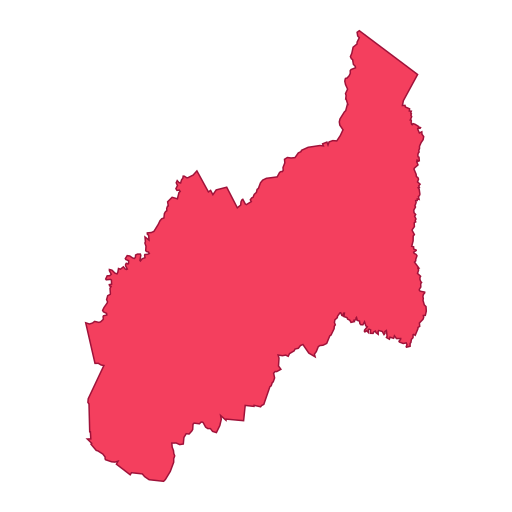 Mount Barker, South Australia, Australia (Equal Earth projection)
{"feature_id": "25037944B83528217861906", "entity_name": "Mount Barker", "entity_type": "district", "adm_level": 2, "iso_a3": "AUS", "parent_name": "Australia", "parent_adm1": "South Australia", "projection": "equal_earth", "projection_center": [138.877, -35.069], "detail": "fine", "context": "isolated", "style": "filled", "palette": "rose", "viewbox_px": 512, "rotation_deg": 0, "n_neighbors": 0, "source": "geoboundaries", "source_scale": "gbopen_adm2", "svg_char_len": 6084}
<svg xmlns="http://www.w3.org/2000/svg" viewBox="0 0 512 512"><path d="M85.7,322.8L95.0,363.4L98.3,363.3L101.1,365.0L103.9,365.5L88.2,398.8L87.9,402.4L89.0,404.0L89.7,431.8L90.4,431.8L90.8,438.9L87.3,439.0L91.7,443.3L91.0,444.2L96.2,450.4L97.9,450.9L102.8,454.0L105.1,457.0L105.1,458.8L105.5,459.7L111.6,461.8L114.9,462.1L118.0,461.2L116.4,464.2L130.2,474.8L131.5,472.7L142.3,473.9L144.6,476.6L149.1,479.7L163.6,481.3L165.4,479.5L170.3,471.4L173.7,462.2L173.7,458.7L174.7,455.9L173.8,453.5L173.5,450.7L172.2,447.2L171.8,443.1L176.2,443.0L179.7,444.6L183.3,444.0L183.9,437.5L186.2,433.7L189.1,434.0L191.8,431.0L192.7,429.4L193.0,424.2L194.1,423.1L199.4,423.8L201.1,422.1L202.3,422.1L203.1,422.5L205.6,427.1L207.8,428.6L210.4,428.6L212.6,431.4L216.4,432.6L219.8,425.6L221.3,419.3L220.6,415.5L226.0,420.3L226.1,419.1L243.6,420.7L245.2,405.4L254.0,406.4L254.1,405.3L260.6,406.8L261.6,405.5L263.8,404.4L269.9,386.7L271.2,385.8L272.3,382.5L273.2,381.9L274.6,377.9L273.6,373.2L275.1,371.5L276.7,371.6L280.9,369.3L278.5,366.0L279.0,358.1L278.1,355.0L282.4,355.7L285.7,355.1L288.2,356.3L289.5,353.6L294.1,350.9L295.1,349.0L298.3,348.3L300.5,345.5L302.9,344.5L308.8,353.1L315.1,356.8L314.4,354.1L316.3,351.6L318.2,346.8L319.7,345.6L323.1,345.2L326.7,343.4L329.8,335.8L331.0,335.1L334.1,328.7L334.3,326.2L335.3,324.9L334.4,322.5L334.9,319.8L337.3,317.7L337.5,316.2L340.0,312.8L340.7,312.7L341.8,315.4L342.7,315.8L343.6,313.2L344.4,313.1L344.0,316.6L347.0,317.6L347.6,319.1L349.8,320.2L351.0,322.4L354.4,321.6L353.9,320.3L355.9,319.8L356.0,318.0L356.5,317.4L357.3,320.4L359.5,321.1L359.9,323.6L360.8,324.7L362.9,324.8L364.5,321.8L365.8,325.8L367.3,326.8L364.6,330.0L364.4,331.3L364.9,331.9L366.7,330.8L368.4,332.5L368.4,329.4L369.2,329.2L370.6,329.8L370.4,333.3L373.1,333.4L373.7,332.0L375.3,331.1L376.0,332.7L378.2,334.3L378.1,331.7L378.8,330.5L382.3,331.5L384.0,334.6L385.0,333.4L384.9,331.5L386.4,330.5L387.1,336.3L386.4,337.4L386.9,337.8L389.4,339.2L390.0,337.2L393.6,338.3L394.4,335.8L396.5,338.6L400.7,338.5L400.6,339.4L399.0,341.2L399.4,342.0L403.2,343.5L406.2,342.9L407.0,344.7L406.2,346.7L406.5,347.2L410.1,346.3L410.1,343.4L410.9,342.5L411.4,339.4L413.0,337.7L413.1,334.7L413.9,334.4L415.2,335.3L417.9,328.8L418.0,327.4L419.7,326.4L419.4,323.0L423.0,319.3L423.7,317.4L423.3,315.5L425.3,315.4L426.3,311.1L426.0,306.6L424.3,304.9L423.0,300.3L423.3,298.4L422.9,296.7L423.3,294.6L424.7,292.9L424.7,292.1L420.2,291.2L419.3,290.2L419.3,289.4L420.8,287.0L420.7,283.7L421.6,282.4L420.8,281.7L419.9,279.3L420.0,277.4L420.6,276.3L417.5,273.4L418.6,270.0L417.9,268.2L418.9,268.1L414.5,262.1L415.7,260.9L415.8,259.1L417.0,255.8L416.1,254.4L414.1,253.3L413.6,252.2L416.2,250.5L416.2,250.1L413.7,249.0L413.6,246.8L411.7,246.3L413.1,240.9L413.2,236.0L414.4,234.6L412.2,230.5L412.2,229.7L414.4,226.6L414.2,223.3L414.4,222.5L415.7,221.9L415.2,220.4L416.0,219.0L414.6,216.2L415.7,214.5L414.0,212.7L413.8,210.0L415.5,207.0L414.9,205.9L416.1,202.6L415.7,200.6L417.2,200.5L417.3,198.9L419.1,199.4L418.4,196.5L419.4,195.7L419.9,194.2L419.2,189.2L418.2,187.8L419.4,187.5L418.7,185.9L420.1,184.2L417.5,181.9L418.5,179.2L417.9,177.6L416.4,176.6L416.1,174.2L414.0,169.2L414.3,168.2L418.0,164.9L416.7,161.8L417.1,160.1L417.7,160.5L417.7,161.5L419.3,160.8L419.0,157.2L418.1,156.8L417.8,155.0L418.3,153.0L419.1,152.1L418.8,150.3L419.5,148.6L419.5,146.2L421.1,142.6L423.1,139.7L423.7,136.6L422.0,134.3L421.8,131.8L419.4,133.0L417.6,128.9L417.7,128.4L420.1,128.3L420.5,127.6L418.6,127.0L418.5,126.4L415.1,124.3L413.0,123.6L412.4,124.7L411.7,124.5L411.1,122.4L411.4,120.9L411.0,119.9L410.3,119.9L411.7,116.6L410.9,115.2L411.4,113.7L410.7,113.0L411.3,111.2L409.3,111.0L409.6,108.8L405.4,107.0L405.0,105.4L402.4,105.5L403.4,100.6L417.6,74.5L359.3,30.7L357.1,32.3L357.7,36.0L359.3,37.7L357.1,42.1L357.0,44.0L353.1,47.2L351.8,53.3L350.4,56.6L351.4,58.8L352.6,59.6L353.4,64.4L355.3,66.4L355.5,67.8L351.1,69.5L350.2,70.7L350.3,73.3L349.2,75.7L347.0,78.1L345.5,78.4L345.2,79.1L344.8,81.2L345.5,84.5L347.6,89.1L345.5,93.6L346.1,95.6L345.7,99.0L346.1,99.0L347.8,104.4L347.4,104.3L345.7,110.7L344.4,111.9L340.0,118.9L339.3,121.9L339.8,125.1L343.0,129.8L340.3,135.6L336.8,140.9L332.8,140.6L329.1,141.9L328.0,145.0L326.9,142.1L322.6,143.8L323.4,145.9L320.0,145.5L308.1,147.3L301.5,150.3L301.0,151.6L298.3,152.9L295.0,157.6L291.1,158.0L287.4,157.5L284.5,159.3L284.8,162.9L283.0,167.5L283.2,170.4L282.3,171.6L281.1,171.5L279.6,172.4L277.2,176.9L266.4,178.3L262.7,180.1L260.5,182.8L258.4,188.4L257.1,189.4L256.4,192.4L254.2,194.4L253.0,197.4L251.7,197.9L250.3,199.8L251.3,201.6L246.4,204.6L245.3,204.0L242.8,199.3L241.9,199.9L241.0,201.8L240.7,205.1L237.3,207.8L226.7,187.2L216.2,189.9L212.9,194.7L210.6,190.4L208.4,191.9L196.9,170.9L193.1,175.1L187.9,177.7L186.8,177.8L184.3,176.2L183.2,176.1L182.8,178.3L181.6,179.7L180.6,183.0L179.0,182.6L177.2,180.6L176.2,182.8L177.5,185.5L175.9,188.7L177.0,190.4L179.3,190.1L180.2,191.5L179.0,192.5L177.4,198.8L172.1,197.3L167.6,201.8L168.3,205.9L167.5,206.2L166.7,208.4L166.8,210.8L165.6,211.5L164.4,213.6L163.9,218.0L161.8,218.7L160.0,220.7L158.3,224.3L153.9,231.4L151.4,232.5L147.3,232.9L147.3,234.1L148.6,235.4L149.0,240.1L145.0,237.0L145.4,241.8L144.9,243.0L146.0,246.3L145.7,250.6L146.5,251.5L148.5,252.1L149.3,253.5L147.6,254.3L144.9,254.5L144.6,255.2L145.0,257.7L142.1,258.8L140.4,261.0L139.9,260.4L140.8,255.5L140.4,254.1L137.4,254.1L135.6,255.0L135.4,257.4L134.3,258.5L132.5,257.9L129.8,256.0L127.2,255.6L125.3,258.6L125.8,259.5L128.6,260.7L128.5,263.7L127.9,264.0L126.3,263.3L125.6,264.4L125.6,265.8L127.3,269.1L126.4,269.5L125.2,269.0L123.4,266.8L120.4,269.2L118.5,268.5L117.8,272.4L117.0,273.9L114.9,273.1L112.0,270.2L109.4,269.5L109.4,270.7L111.3,274.3L109.7,275.7L107.2,275.8L105.7,279.0L106.3,279.8L110.4,279.4L111.4,280.0L111.6,284.2L109.3,284.6L109.6,285.9L111.1,286.4L110.0,288.4L110.4,293.5L110.3,294.3L107.7,295.7L106.6,299.6L107.5,301.6L107.3,302.8L104.0,307.5L102.6,310.4L103.4,311.8L106.6,313.4L106.8,315.0L103.5,315.8L103.1,316.6L103.3,319.3L100.7,321.8L98.9,322.4L94.6,321.4L92.6,323.0L89.4,324.0L85.7,322.8Z" fill="#f43f5e" stroke="#9f1239" stroke-width="1.5"/></svg>